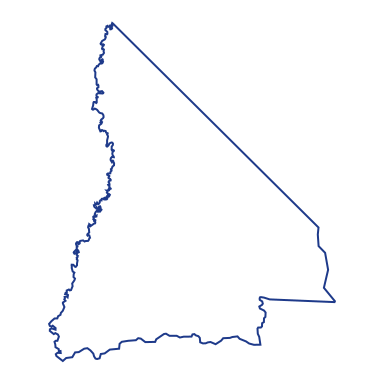 the district of Aceguá, Cerro Largo, Uruguay
{"feature_id": "84410073B6991751353050", "entity_name": "Aceguá", "entity_type": "district", "adm_level": 2, "iso_a3": "URY", "parent_name": "Uruguay", "parent_adm1": "Cerro Largo", "projection": "equal_earth", "projection_center": [-54.46, -31.833], "detail": "fine", "context": "isolated", "style": "outline", "palette": "blue", "viewbox_px": 384, "rotation_deg": 0, "n_neighbors": 0, "source": "geoboundaries", "source_scale": "gbopen_adm2", "svg_char_len": 5790}
<svg xmlns="http://www.w3.org/2000/svg" viewBox="0 0 384 384"><path d="M318.5,227.5L113.0,23.6L112.2,23.0L111.9,23.8L112.4,25.9L111.2,26.8L111.1,27.3L112.1,28.0L112.1,28.5L110.9,29.3L110.3,29.3L110.1,28.8L110.9,26.4L110.5,25.4L110.0,25.5L109.7,26.4L109.3,26.8L108.2,26.8L107.6,25.8L106.4,26.4L106.4,28.0L105.4,28.9L105.3,30.0L107.3,31.9L107.4,33.8L107.0,34.3L105.5,34.0L105.1,36.0L105.2,36.6L105.7,36.8L105.8,37.2L105.3,38.6L104.8,39.4L102.2,40.9L100.6,43.6L100.8,44.2L101.4,44.2L102.0,44.9L103.0,44.2L103.9,44.8L103.6,45.6L102.7,46.2L102.0,48.7L102.3,49.2L103.3,49.1L103.9,49.5L103.6,51.5L104.0,52.9L102.8,54.7L100.4,55.3L100.4,55.9L101.3,56.7L101.0,57.3L99.8,57.7L99.3,58.7L99.3,59.6L99.9,60.3L100.6,61.8L101.0,62.0L101.2,61.3L101.8,61.2L102.0,60.7L101.8,59.7L102.5,59.3L102.7,59.5L102.7,60.7L103.1,61.6L102.5,63.0L101.8,63.5L99.7,63.7L98.4,65.2L98.1,66.2L96.8,66.1L96.2,67.4L94.9,68.6L94.6,69.5L94.5,70.7L95.4,72.3L95.2,77.4L96.6,79.3L96.6,84.4L97.1,85.1L98.1,84.8L98.4,85.4L98.4,87.3L97.4,87.9L97.0,88.4L97.0,89.0L97.7,90.3L98.6,91.2L99.4,91.6L102.0,91.1L103.4,92.6L103.2,93.2L102.6,93.5L97.9,93.2L96.6,94.3L96.4,95.1L96.6,96.3L97.8,97.1L97.6,97.5L96.3,97.9L96.7,99.1L96.7,102.5L96.2,103.0L94.9,102.0L93.8,102.0L93.5,102.4L93.1,105.6L92.0,109.0L92.7,109.6L93.4,109.6L94.7,108.6L95.8,109.0L97.2,109.9L99.1,112.4L100.1,113.0L102.3,113.5L103.4,115.2L103.6,117.1L103.0,118.2L101.2,119.6L100.7,120.6L101.5,121.2L100.4,122.5L100.8,122.9L101.3,122.4L101.9,122.5L101.4,123.7L99.1,125.4L98.9,127.8L100.4,131.4L101.1,131.2L101.6,130.1L102.3,130.1L103.6,131.1L104.1,130.7L105.6,131.0L106.1,132.6L107.7,133.3L107.5,134.1L107.1,134.5L108.0,136.2L107.9,137.1L107.1,140.3L107.1,143.6L106.3,145.0L106.4,146.1L106.8,146.5L107.4,146.5L108.6,145.2L109.5,143.4L111.3,142.5L112.4,142.7L113.0,143.8L112.8,145.1L111.7,146.6L111.6,149.7L111.9,150.2L112.5,149.7L113.9,150.5L113.8,151.0L112.7,151.9L112.3,153.4L112.6,155.1L113.7,156.6L113.8,157.2L111.8,157.0L110.9,158.1L110.6,159.3L110.7,160.2L111.8,162.0L112.2,160.8L112.8,160.6L113.3,161.1L113.4,161.9L114.1,163.2L114.0,165.3L112.4,166.6L112.1,167.9L110.9,169.2L111.1,169.8L111.6,170.1L111.5,170.8L110.6,171.5L110.3,173.3L107.8,173.5L107.1,174.1L107.2,174.8L109.3,175.8L109.3,176.4L108.5,177.3L108.5,177.9L108.7,178.3L110.1,178.9L110.7,179.8L110.6,180.5L109.2,180.9L108.7,181.5L108.6,182.2L109.3,183.1L109.5,184.5L108.2,184.8L108.5,185.5L109.4,185.9L109.5,186.7L109.2,187.9L110.4,188.2L110.7,188.7L109.6,189.3L109.2,190.1L108.3,189.7L107.7,190.7L106.7,190.6L107.6,191.6L106.9,192.7L108.2,193.9L107.8,195.0L108.5,195.1L109.4,194.3L109.9,194.8L109.0,196.5L107.9,197.0L107.0,196.7L107.0,197.6L106.6,198.2L107.2,198.8L106.8,199.3L105.9,199.5L105.1,197.6L104.3,198.0L104.4,198.5L104.0,199.4L102.9,198.7L101.8,198.8L101.5,199.3L101.5,200.4L100.4,200.3L99.8,201.1L99.7,202.6L98.6,204.0L98.2,204.1L97.1,202.6L96.4,204.2L95.7,204.1L95.2,203.6L95.3,205.0L93.9,205.2L94.1,206.2L94.7,207.3L95.3,207.6L96.2,207.2L96.2,208.5L96.6,208.7L97.7,208.5L99.1,206.5L100.1,206.3L100.5,207.2L99.7,207.8L99.6,209.0L101.2,209.2L101.5,209.7L99.9,211.7L99.1,211.5L99.3,210.0L98.0,210.4L97.7,211.6L96.7,210.9L95.5,212.3L94.7,214.2L95.8,216.0L96.5,215.6L96.4,216.5L95.4,216.8L93.7,216.3L93.2,216.9L93.4,217.4L93.9,217.4L93.7,218.7L93.3,219.2L94.0,220.1L94.1,220.8L94.8,220.6L95.1,220.0L95.4,220.2L95.1,221.4L95.3,222.8L95.0,223.4L94.2,223.5L90.3,226.3L89.9,225.8L90.0,224.7L89.2,224.1L89.0,225.4L88.5,225.6L88.5,226.1L89.0,226.2L88.2,226.7L88.1,227.4L88.9,228.8L89.2,232.5L87.5,234.1L87.2,235.0L87.6,235.6L88.4,235.0L89.3,235.4L90.0,237.8L89.4,238.2L88.7,240.1L88.1,240.9L85.7,241.0L84.6,241.5L83.1,240.4L80.2,240.9L79.7,241.6L79.7,243.4L78.6,244.2L78.2,243.8L78.0,242.3L77.1,242.1L76.4,242.8L76.0,243.7L76.2,244.8L77.5,246.4L77.4,246.7L76.7,246.8L76.7,248.7L78.4,250.9L78.8,252.2L78.0,252.6L77.0,251.9L76.7,251.5L76.6,250.2L76.0,249.8L73.9,252.0L73.7,252.6L74.4,253.7L76.0,253.0L76.8,253.2L77.0,253.6L76.6,254.7L77.8,255.9L77.3,256.3L77.4,257.4L76.7,257.9L77.0,258.5L76.8,259.4L77.6,260.2L77.0,263.4L77.0,265.3L75.7,266.9L74.8,266.6L73.4,264.8L71.7,264.7L71.6,265.8L71.9,266.8L71.7,267.9L72.7,271.5L74.4,272.6L73.7,274.0L73.5,277.0L75.0,278.6L74.4,280.3L72.2,283.5L72.6,286.2L71.0,290.1L69.8,290.4L68.9,289.5L66.7,290.5L66.8,292.4L65.6,292.8L65.2,294.0L66.7,294.0L68.0,295.0L67.6,297.3L66.6,296.4L64.6,296.9L64.9,298.3L64.3,299.3L65.5,300.8L62.9,302.5L62.9,303.5L64.4,307.0L62.8,310.8L60.8,313.0L60.5,314.8L58.1,316.2L57.3,318.4L54.5,318.5L51.3,321.3L49.1,323.9L49.8,325.9L51.4,326.6L52.7,325.7L55.6,328.1L55.5,329.7L51.7,328.4L49.9,329.3L49.8,330.9L53.8,334.1L55.3,333.1L57.9,334.5L58.9,336.6L57.4,340.8L55.7,340.8L54.5,341.8L55.3,344.5L55.5,347.2L58.7,349.1L58.9,351.2L60.5,351.0L60.7,353.0L57.5,352.8L55.8,354.2L56.4,356.0L62.8,361.0L66.2,358.0L72.3,357.2L75.1,352.4L78.8,352.1L84.2,348.7L87.4,348.2L90.4,350.4L93.3,353.6L94.1,356.4L95.5,358.6L97.1,359.0L99.6,358.3L100.8,354.0L104.7,353.4L109.8,349.6L119.1,348.7L119.6,343.8L121.8,341.8L128.2,340.8L135.9,340.2L138.2,338.2L140.8,338.6L145.3,342.1L155.2,341.9L156.2,339.3L164.0,334.0L166.0,333.7L169.5,335.8L176.7,335.8L179.9,337.5L183.6,336.7L191.5,336.6L192.5,334.4L194.4,334.1L195.7,335.3L198.4,336.2L199.8,337.9L200.2,342.3L202.9,343.4L205.7,343.3L207.8,342.4L210.5,342.0L215.6,344.2L221.1,340.7L223.2,338.2L229.9,337.9L232.4,337.0L237.5,336.4L239.6,338.8L246.0,341.4L249.1,343.5L253.9,344.8L260.4,344.7L259.2,336.8L257.8,333.8L257.5,328.6L258.2,327.5L260.9,327.5L262.0,326.4L262.1,323.2L263.9,322.1L264.0,318.3L265.4,316.9L265.6,312.5L264.0,310.5L259.9,308.5L259.3,306.5L262.0,304.9L262.8,303.7L262.2,301.4L259.8,299.9L259.6,298.9L259.9,297.4L260.9,297.1L264.0,297.6L269.7,299.4L334.5,302.1L334.9,301.2L323.9,287.8L328.1,269.8L325.1,252.8L318.6,246.1L317.8,234.5L318.5,227.5Z" fill="none" stroke="#1e3a8a" stroke-width="2"/></svg>